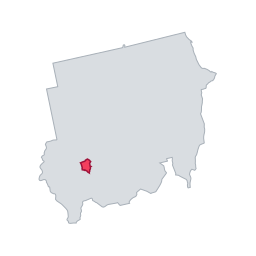 Kelemando, North Darfur, Sudan shown in context, rotated 348°
{"feature_id": "16777658B85451496706557", "entity_name": "Kelemando", "entity_type": "district", "adm_level": 2, "iso_a3": "SDN", "parent_name": "Sudan", "parent_adm1": "North Darfur", "projection": "albers", "projection_center": [25.825, 13.072], "detail": "fine", "context": "in_parent", "style": "filled", "palette": "rose", "viewbox_px": 256, "rotation_deg": 348, "n_neighbors": 0, "source": "geoboundaries", "source_scale": "gbopen_adm2", "svg_char_len": 4519}
<svg xmlns="http://www.w3.org/2000/svg" viewBox="0 0 256 256"><g transform="rotate(348 128 128)"><path d="M176.6,199.0L174.4,199.1L174.1,198.5L174.1,197.1L174.3,196.0L175.1,194.2L174.8,193.3L174.9,191.9L174.3,190.4L168.8,186.0L167.7,184.8L164.8,183.8L165.3,182.5L163.8,173.4L164.4,172.3L164.5,170.7L164.4,169.3L165.1,166.9L165.1,165.9L159.4,166.0L159.4,167.0L159.7,168.2L159.7,168.6L151.8,168.8L155.1,172.4L155.2,173.9L155.1,175.9L155.2,177.2L155.4,178.0L156.3,179.6L156.2,179.9L156.0,180.3L150.5,185.2L149.7,187.4L148.9,188.6L147.3,190.6L142.3,195.8L141.5,196.2L137.6,196.5L137.2,196.6L136.9,196.8L136.7,196.8L133.3,193.8L127.6,190.3L123.9,192.3L122.9,193.0L122.9,194.7L122.3,195.6L121.3,196.6L118.6,197.2L117.2,197.8L115.5,198.8L113.8,200.4L113.7,201.3L113.9,202.0L104.3,202.1L103.7,201.5L102.3,198.8L101.3,199.0L92.6,198.7L91.4,199.0L88.9,200.1L87.6,200.3L86.4,199.8L81.8,194.5L80.8,193.9L79.7,192.6L78.8,192.0L78.4,191.6L78.3,191.1L78.4,189.9L78.0,189.2L77.3,189.0L71.2,190.2L70.3,190.1L69.0,190.3L68.6,190.5L68.1,191.2L68.0,192.7L67.8,193.4L67.3,194.2L65.6,196.0L65.2,196.8L65.3,198.8L65.1,199.8L64.9,200.3L64.1,201.0L63.8,201.5L63.5,204.0L62.5,205.5L62.3,206.1L62.3,207.2L62.1,207.5L59.3,208.4L58.3,209.0L57.6,209.8L57.5,210.2L56.3,209.9L54.8,209.6L51.8,209.3L50.7,208.9L50.1,208.3L50.3,206.8L50.0,206.4L49.6,206.2L49.3,205.5L49.3,204.7L50.9,202.9L51.2,202.0L51.7,197.5L51.6,196.1L50.4,193.6L47.6,189.2L47.0,188.4L43.5,184.8L43.1,184.3L42.3,182.7L43.3,179.4L43.3,178.5L43.1,177.6L42.2,176.9L41.4,176.8L40.4,175.9L39.8,175.5L39.2,174.7L38.8,173.6L39.1,169.7L38.9,169.2L38.1,169.0L37.9,168.8L37.9,168.0L37.5,165.8L36.9,163.9L37.2,162.9L36.5,161.5L35.1,160.9L32.4,161.3L31.5,161.3L30.9,161.0L30.5,160.5L30.3,159.9L30.5,159.0L31.3,157.3L32.3,156.0L34.3,154.8L34.9,154.1L35.2,153.4L35.2,152.6L35.1,151.7L34.9,150.9L34.3,149.8L33.8,148.5L33.8,147.7L34.1,147.1L34.6,146.3L36.6,144.9L38.6,143.8L39.0,143.4L38.9,142.9L37.9,141.9L37.7,139.9L37.2,138.6L38.2,137.6L39.0,137.3L40.1,137.0L40.6,136.6L40.8,135.8L40.7,135.0L41.2,134.4L41.7,133.2L42.2,132.7L43.7,131.3L44.1,130.4L44.2,129.5L43.8,126.8L44.7,125.7L45.8,124.7L47.5,124.8L50.0,124.7L51.7,124.3L52.9,124.3L55.7,124.8L56.0,124.6L56.1,123.9L56.4,72.9L67.8,73.0L67.9,72.9L68.0,49.0L139.0,48.3L139.6,48.2L140.6,46.0L141.1,45.8L141.8,45.9L142.1,46.4L141.6,48.3L203.5,46.2L203.7,49.0L204.3,51.1L206.2,54.2L207.8,55.8L208.4,56.7L208.4,57.1L208.4,57.5L207.9,57.1L207.1,56.8L207.1,58.3L207.6,61.2L208.3,63.3L207.9,65.3L208.2,68.6L209.1,72.5L209.1,75.0L210.6,80.9L212.1,84.1L212.8,84.9L213.6,85.3L215.1,85.5L217.4,87.0L219.3,88.7L219.9,89.6L220.8,90.6L221.4,90.4L221.7,90.1L222.4,90.9L225.2,92.5L225.7,93.3L224.7,94.2L223.6,95.6L223.1,96.9L222.8,97.3L222.0,98.2L221.8,98.6L221.4,98.9L221.0,98.9L220.1,99.4L219.2,99.3L218.3,99.6L218.0,99.9L217.4,100.2L216.4,100.4L215.0,101.5L213.8,102.1L213.4,102.6L212.8,104.8L212.3,105.4L210.5,105.5L209.5,105.7L208.3,105.6L207.7,105.6L207.5,106.1L207.4,108.0L207.5,108.8L206.5,110.9L207.0,114.9L206.1,117.9L206.0,118.6L205.0,121.0L204.5,121.9L203.4,126.4L202.9,127.8L201.9,129.2L203.5,139.8L202.7,143.1L202.8,144.9L202.2,147.5L201.7,148.7L201.0,150.2L200.3,151.9L199.8,154.1L199.5,158.2L199.3,158.6L196.0,159.2L194.9,159.5L194.2,160.0L193.4,161.1L191.7,164.0L190.9,165.8L189.6,168.3L188.0,170.0L187.6,170.9L187.4,172.4L186.9,174.9L186.4,176.7L186.5,178.0L186.1,180.5L186.2,181.7L185.7,182.3L184.9,183.0L184.4,183.2L181.9,181.6L180.3,182.8L179.3,184.4L178.5,186.0L179.1,189.3L179.1,190.1L178.9,190.9L177.4,194.2L177.0,195.7L176.6,198.4L176.6,199.0Z" fill="#d9dde1" stroke="#a8b0b8" stroke-width="1"/><path d="M74.3,152.2L74.7,153.5L75.0,157.0L74.8,157.9L74.8,158.0L74.6,158.2L74.6,158.8L74.6,159.1L74.6,159.3L74.8,159.3L75.0,159.4L75.0,159.5L75.3,159.6L75.5,159.6L75.7,159.8L75.8,159.8L76.0,159.9L76.2,160.0L76.3,160.0L76.5,160.2L76.7,160.3L76.8,160.3L76.9,160.5L77.0,160.5L77.3,160.5L77.5,160.5L77.5,160.4L77.9,160.7L78.0,160.8L78.2,161.0L78.4,161.2L78.7,161.4L78.9,161.6L79.1,161.9L79.3,162.4L79.6,162.8L79.7,163.0L79.8,163.0L80.0,163.2L80.1,163.3L80.3,163.4L80.3,163.5L80.5,163.6L80.7,163.8L80.7,163.7L81.0,163.2L81.5,162.4L81.7,162.0L81.7,161.4L81.8,160.9L82.4,160.5L82.9,159.5L83.0,158.8L83.1,158.2L83.4,158.0L83.8,157.9L83.7,157.8L83.4,157.7L83.0,157.5L83.1,155.4L83.1,154.5L84.5,153.1L83.7,151.9L83.6,151.5L82.8,150.8L81.9,149.9L81.7,149.9L81.4,150.1L81.0,150.2L80.5,150.4L79.7,150.6L79.5,151.0L78.8,151.5L78.3,151.6L78.0,151.6L77.7,151.6L76.4,151.8L74.4,152.2L74.3,152.2Z" fill="#f43f5e" stroke="#9f1239" stroke-width="1.5"/></g></svg>